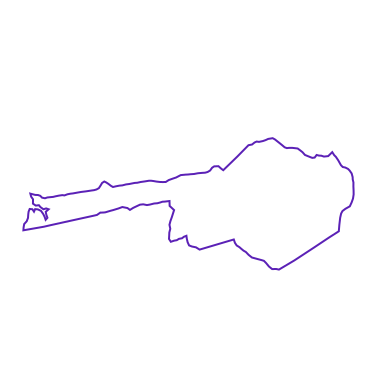 outline of São Vicente Ferrer, Maranhão, Brazil, rotated 10°
{"feature_id": "56859067B59891641299811", "entity_name": "São Vicente Ferrer", "entity_type": "district", "adm_level": 2, "iso_a3": "BRA", "parent_name": "Brazil", "parent_adm1": "Maranhão", "projection": "natural_earth1", "projection_center": [-45.015, -2.873], "detail": "fine", "context": "isolated", "style": "outline", "palette": "violet", "viewbox_px": 384, "rotation_deg": 10, "n_neighbors": 0, "source": "geoboundaries", "source_scale": "gbopen_adm2", "svg_char_len": 2725}
<svg xmlns="http://www.w3.org/2000/svg" viewBox="0 0 384 384"><g transform="rotate(10 192 192)"><path d="M323.2,128.4L319.9,133.0L315.8,134.2L313.0,133.8L310.7,134.1L308.3,133.9L306.8,136.8L304.5,137.5L302.4,137.1L296.8,135.9L293.9,133.6L291.5,132.3L288.5,130.8L283.4,131.1L280.2,131.6L277.8,132.3L275.5,131.9L272.4,130.1L269.5,128.5L264.5,125.8L262.1,125.0L257.8,126.5L255.5,128.1L253.0,129.5L249.3,131.0L246.9,131.1L245.0,132.4L242.9,134.8L239.5,136.1L230.5,149.2L219.0,165.1L216.8,164.0L213.6,162.0L209.4,162.9L207.6,164.6L206.1,167.7L203.9,169.6L201.6,170.7L198.7,171.4L194.6,172.5L190.9,173.9L187.3,174.8L185.3,175.4L182.7,176.0L178.0,177.3L175.9,178.9L173.8,180.5L171.2,181.9L167.0,184.3L164.4,186.7L161.4,187.3L158.6,187.7L155.1,187.9L152.2,187.9L149.9,188.0L147.6,188.4L143.9,189.7L139.6,191.1L136.5,192.4L134.0,193.0L131.7,193.9L128.9,195.0L125.7,196.0L122.2,197.6L119.5,198.3L116.1,199.6L113.3,200.8L111.1,200.0L108.2,198.5L105.9,197.5L103.8,196.9L101.9,198.7L100.8,201.6L99.6,204.4L97.5,206.1L95.2,207.2L93.0,207.9L87.4,209.8L82.8,211.2L80.3,212.1L77.6,213.1L74.9,214.1L72.5,214.8L69.7,215.9L67.0,217.5L64.8,217.6L61.5,218.7L58.2,220.0L56.2,220.9L53.3,221.7L50.5,222.5L48.3,223.7L45.3,223.6L43.2,222.1L40.8,221.7L38.2,222.1L33.1,221.7L34.4,224.5L36.7,226.8L37.4,231.1L40.5,232.5L43.5,231.6L45.4,233.2L48.7,234.8L51.2,233.5L53.8,233.9L51.4,236.9L52.5,239.7L54.1,242.5L52.7,244.8L51.2,242.1L49.4,239.6L46.6,236.8L43.3,235.9L40.5,236.1L39.8,238.8L37.8,236.7L35.1,236.9L34.5,239.7L34.6,242.2L35.0,246.0L34.3,249.5L32.3,252.7L32.3,256.0L32.6,259.0L52.2,251.9L58.8,249.1L78.4,241.0L99.8,232.2L102.4,231.1L105.3,228.2L107.9,227.7L110.1,227.1L115.3,224.5L117.3,223.6L122.4,221.0L126.0,218.9L131.2,219.0L134.0,220.4L136.9,217.8L140.0,215.6L143.0,213.5L146.1,212.6L149.9,212.7L152.7,211.7L156.7,209.9L159.8,209.1L162.2,208.0L164.6,206.7L166.8,206.2L171.4,204.8L172.4,209.6L177.5,212.9L176.5,220.3L175.8,224.4L175.5,228.2L177.0,232.0L176.7,235.8L177.1,238.8L177.5,242.2L179.8,244.7L182.9,243.0L185.4,242.1L187.3,240.4L190.2,239.3L191.8,237.5L194.1,236.1L195.0,238.9L196.4,242.2L198.4,245.1L201.4,245.7L205.5,245.8L209.5,247.4L241.4,231.5L243.1,234.6L245.3,236.9L248.3,238.1L250.6,239.5L252.9,240.8L255.4,241.7L258.7,244.1L262.4,246.1L268.9,246.7L272.4,247.0L274.8,247.3L277.3,249.1L280.7,252.0L284.3,254.0L288.2,253.2L291.1,253.3L304.7,241.6L321.7,225.6L335.0,212.9L343.4,205.2L342.8,198.6L342.4,191.6L342.6,187.3L343.5,184.6L346.0,181.9L349.9,178.7L351.0,174.6L351.7,170.5L351.6,166.3L350.9,162.6L350.0,158.6L349.3,154.5L348.1,151.7L347.6,149.4L346.0,146.0L343.5,143.5L341.7,142.2L338.8,141.3L336.1,141.2L334.0,139.7L330.5,135.4L327.6,132.4L325.6,131.0L323.2,128.4Z" fill="none" stroke="#5b21b6" stroke-width="2"/></g></svg>